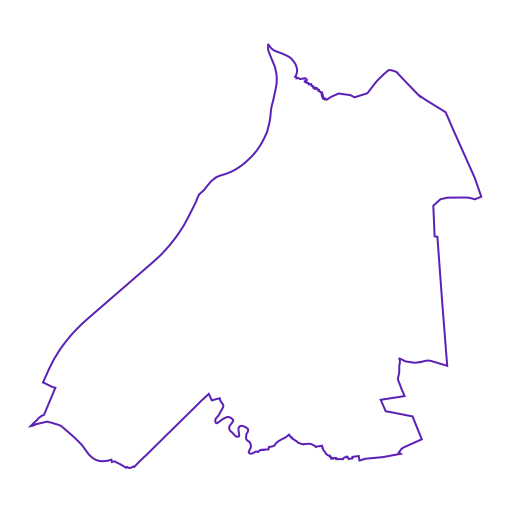 Roermond, Limburg, Netherlands (Albers equal-area conic projection)
{"feature_id": "6326949B62204677584458", "entity_name": "Roermond", "entity_type": "district", "adm_level": 2, "iso_a3": "NLD", "parent_name": "Netherlands", "parent_adm1": "Limburg", "projection": "albers", "projection_center": [6.001, 51.209], "detail": "fine", "context": "isolated", "style": "outline", "palette": "violet", "viewbox_px": 512, "rotation_deg": 0, "n_neighbors": 0, "source": "geoboundaries", "source_scale": "gbopen_adm2", "svg_char_len": 5811}
<svg xmlns="http://www.w3.org/2000/svg" viewBox="0 0 512 512"><path d="M268.2,43.9L268.0,48.2L268.3,50.4L269.2,53.0L274.9,66.9L275.3,68.7L276.4,73.8L276.7,77.2L276.7,83.1L275.4,90.3L274.4,94.6L273.3,100.0L271.8,105.6L271.3,108.1L270.8,111.7L270.4,116.4L269.8,120.7L269.3,123.2L267.7,129.5L267.1,131.8L264.4,137.8L262.3,141.8L260.1,145.7L256.7,150.6L253.4,154.6L250.8,157.3L246.8,161.1L244.0,163.6L241.8,165.3L238.8,167.4L235.0,169.8L231.7,171.5L227.7,173.2L224.2,174.4L220.1,175.6L216.4,177.1L215.7,177.5L215.4,177.7L215.5,177.8L212.7,180.0L211.2,181.2L208.3,184.6L204.0,190.0L200.2,193.5L199.4,194.0L196.9,199.0L196.4,201.0L189.4,215.0L185.9,221.6L183.7,225.6L178.5,233.6L176.0,237.1L170.1,244.7L165.4,250.0L162.1,253.6L159.9,255.8L153.3,261.8L89.1,317.5L82.7,323.2L79.3,326.5L74.5,331.4L71.2,335.0L66.6,340.6L63.8,344.2L60.5,348.7L58.3,352.2L54.3,358.7L51.2,364.6L48.7,369.7L43.0,382.5L43.9,382.8L52.6,387.1L55.4,387.7L44.0,414.9L41.7,415.8L39.4,417.5L38.4,418.3L36.8,420.3L35.0,421.8L30.7,426.1L33.6,425.5L35.4,424.4L36.1,424.2L46.3,421.8L47.1,421.7L52.2,422.9L53.6,423.4L57.8,424.6L59.9,425.4L61.2,426.0L71.4,434.8L74.6,437.7L79.6,442.6L81.8,445.0L83.5,447.1L86.7,451.6L88.8,454.4L89.7,455.3L92.2,457.6L94.1,458.9L95.9,459.9L99.5,461.0L102.2,461.2L105.7,461.0L107.9,460.7L111.4,459.7L111.9,462.0L114.4,461.3L117.1,462.7L120.6,464.4L126.1,467.8L126.8,467.0L129.6,468.1L130.6,467.8L132.4,467.1L132.9,466.8L133.3,466.5L134.2,466.9L139.0,462.0L144.3,456.8L146.0,455.4L158.2,443.3L158.3,443.2L164.3,437.3L164.8,436.7L168.6,433.0L169.1,432.6L191.5,410.5L194.2,407.9L201.2,400.9L208.7,394.0L208.8,393.9L211.8,400.4L216.3,399.1L219.8,398.3L220.2,400.2L220.5,401.1L222.7,404.0L223.2,404.9L223.3,405.7L223.3,406.1L223.1,407.0L222.8,407.7L221.5,410.2L220.7,411.4L219.3,414.3L218.2,415.9L215.9,418.5L215.5,419.3L215.3,420.2L215.3,420.9L215.4,421.8L215.7,422.6L216.2,423.1L216.8,423.2L217.2,423.1L223.1,418.9L224.7,418.0L226.1,417.4L227.8,417.0L228.7,417.0L229.3,417.2L231.2,418.1L232.9,419.6L233.1,419.9L233.1,420.4L233.0,421.0L232.4,422.1L231.9,423.0L230.0,425.3L229.5,426.2L229.2,427.5L229.2,428.3L229.4,429.1L229.6,429.8L230.3,430.9L232.2,432.6L234.9,435.5L236.0,436.4L236.7,436.6L237.7,436.7L238.4,436.7L238.9,436.4L239.1,435.9L239.2,434.9L238.6,431.1L238.5,429.9L238.5,429.2L238.6,428.3L238.7,427.6L239.1,427.1L239.6,426.5L240.2,426.2L241.1,425.9L241.8,425.8L242.6,426.0L244.3,426.6L245.5,427.1L247.7,428.7L247.9,429.1L248.1,429.7L248.1,430.6L247.8,431.8L246.7,433.6L246.5,434.0L246.3,434.7L246.1,436.9L246.1,438.4L246.3,439.2L246.6,439.7L247.0,440.2L249.5,442.0L249.9,442.5L250.6,444.0L250.7,444.6L250.9,445.9L250.8,447.3L250.3,448.8L249.3,450.5L248.9,451.4L248.7,451.9L248.9,452.6L249.5,453.4L250.0,453.6L251.2,453.6L252.4,453.4L253.0,453.2L255.3,451.8L256.4,451.5L257.3,451.7L257.9,452.1L260.0,450.2L263.0,450.0L262.7,449.7L268.5,449.4L268.8,447.1L272.3,446.4L274.4,445.7L274.5,445.5L274.5,445.2L275.6,443.8L276.0,443.2L278.3,441.3L281.2,439.6L284.8,437.8L287.2,436.2L289.0,434.6L291.3,437.8L291.7,437.6L291.8,437.8L291.9,437.7L292.2,438.3L293.3,439.2L296.8,441.4L297.4,441.9L297.8,442.5L298.2,442.8L300.4,443.5L301.7,444.0L303.5,444.4L303.7,444.1L308.0,443.8L310.1,443.8L311.7,444.3L315.9,446.5L315.9,446.9L317.8,446.4L322.0,445.7L322.2,446.9L322.3,446.8L323.4,450.0L323.8,450.7L324.6,451.5L325.1,452.2L326.1,454.0L328.6,455.7L329.8,455.7L330.0,456.7L330.7,456.7L331.2,458.7L333.0,458.7L333.0,458.0L336.3,458.1L336.2,459.1L343.0,459.1L343.2,458.5L343.6,458.0L344.3,457.6L345.8,457.0L346.0,456.8L346.3,457.2L347.5,456.8L348.7,459.0L351.1,458.5L352.1,458.6L352.6,457.7L352.5,456.9L358.7,456.0L359.4,460.5L360.3,460.4L364.9,458.8L382.9,457.1L400.7,453.8L398.8,452.6L400.7,449.9L401.4,449.0L402.3,448.3L403.2,447.7L404.3,447.1L421.8,439.3L412.5,416.4L385.7,411.2L380.7,399.8L404.5,396.1L403.4,393.2L402.0,390.2L401.9,390.1L401.4,388.7L401.3,388.4L399.6,383.8L398.0,379.8L397.9,379.1L397.9,378.5L399.1,373.3L399.2,372.5L399.3,366.3L399.4,365.3L399.8,363.1L399.9,362.1L399.8,359.8L399.7,359.4L399.2,358.7L399.4,358.5L403.0,360.0L404.1,360.9L404.9,361.2L407.2,361.7L414.1,362.7L416.0,362.7L420.8,361.9L420.9,362.1L424.4,361.0L427.5,360.6L429.8,360.6L447.2,365.8L442.2,302.3L437.4,236.8L434.6,236.3L433.3,205.7L440.5,199.2L447.3,197.7L463.1,197.5L467.8,197.6L471.8,198.4L474.8,199.3L481.3,196.7L474.7,177.8L455.3,134.4L453.2,129.7L445.7,112.3L426.0,100.1L419.9,95.9L419.9,96.4L419.3,95.9L405.8,81.9L397.4,73.0L397.5,72.9L396.5,72.0L394.4,71.2L391.4,70.3L389.0,70.0L387.5,71.0L384.0,74.0L377.2,80.7L375.5,82.7L368.0,92.5L367.5,93.0L366.7,93.5L354.5,97.3L351.6,95.7L349.8,95.0L342.6,94.1L339.0,93.5L338.2,93.7L332.3,96.3L331.1,96.9L326.6,99.7L325.6,99.6L325.3,99.5L325.4,99.3L325.4,98.8L325.3,98.5L325.0,98.3L324.6,98.2L323.9,98.8L323.4,98.9L322.7,98.2L322.5,97.7L323.1,96.8L323.1,96.6L321.9,96.0L321.8,95.8L321.8,95.5L322.0,95.3L322.8,94.8L322.7,94.6L321.7,94.3L321.6,94.2L321.7,93.8L322.1,92.9L322.1,92.4L321.7,92.2L320.8,92.4L320.4,92.0L320.0,91.5L318.6,91.1L318.5,90.9L318.5,90.6L319.1,90.2L319.1,89.9L318.8,89.7L317.6,89.7L317.4,89.2L317.2,88.6L316.8,88.1L316.4,88.0L316.2,88.2L315.5,88.9L315.3,89.0L315.0,89.0L314.7,88.7L314.7,87.6L313.4,87.8L313.2,87.7L313.1,86.2L312.6,85.9L311.5,85.8L311.3,85.5L311.3,84.4L311.2,84.1L309.9,84.1L308.7,84.4L308.6,84.2L308.5,83.5L308.3,83.0L307.8,82.8L307.1,83.0L304.7,81.8L304.6,81.4L304.8,81.2L305.5,81.0L306.3,80.8L306.6,80.6L306.8,80.1L306.7,79.4L306.0,78.9L305.4,78.2L305.2,78.1L304.2,78.7L303.5,78.4L303.1,78.5L302.1,78.8L300.0,79.0L298.1,78.0L297.8,78.0L296.7,78.3L296.8,77.5L295.1,76.9L296.3,74.6L296.8,73.0L297.1,70.9L297.0,68.9L296.1,65.7L295.3,63.9L293.7,61.5L291.8,59.2L291.2,58.6L290.0,57.5L289.4,57.1L287.9,56.2L285.4,55.0L281.5,53.3L278.1,52.1L275.0,50.9L273.4,50.0L271.7,48.7L270.0,46.8L268.6,44.8L268.2,43.9Z" fill="none" stroke="#5b21b6" stroke-width="2"/></svg>